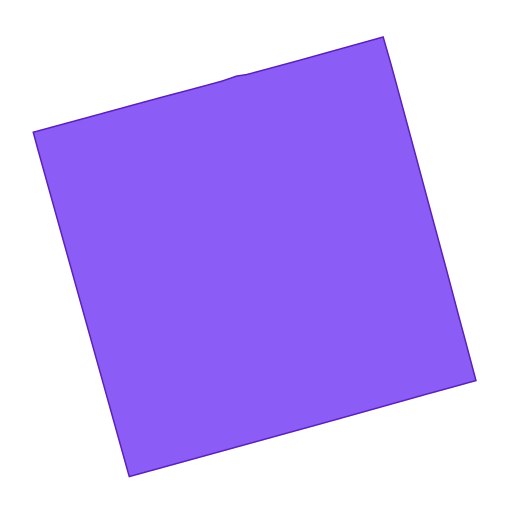 Dallas, Texas, United States of America, rotated 74°
{"feature_id": "52423323B35177303918175", "entity_name": "Dallas", "entity_type": "district", "adm_level": 2, "iso_a3": "USA", "parent_name": "United States of America", "parent_adm1": "Texas", "projection": "albers", "projection_center": [-96.837, 32.767], "detail": "fine", "context": "isolated", "style": "filled", "palette": "violet", "viewbox_px": 512, "rotation_deg": 74, "n_neighbors": 0, "source": "geoboundaries", "source_scale": "gbopen_adm2", "svg_char_len": 592}
<svg xmlns="http://www.w3.org/2000/svg" viewBox="0 0 512 512"><g transform="rotate(74 256 256)"><path d="M436.4,78.9L390.1,78.0L369.7,77.7L322.0,76.7L276.5,76.0L263.0,75.8L262.9,75.8L238.6,75.4L214.0,75.0L210.5,74.9L131.4,73.7L116.6,73.5L109.6,73.4L95.5,73.4L80.5,73.4L79.8,164.6L79.5,185.7L79.3,198.6L79.0,215.4L77.7,224.9L78.5,240.6L78.2,262.3L78.2,262.6L77.4,302.3L77.2,317.1L77.0,331.0L77.0,331.3L76.7,356.0L75.6,436.0L92.8,436.3L428.3,438.6L433.1,438.6L435.2,232.2L435.3,217.8L435.6,166.0L435.8,132.5L436.3,86.0L436.4,78.9Z" fill="#8b5cf6" stroke="#5b21b6" stroke-width="1.5"/></g></svg>